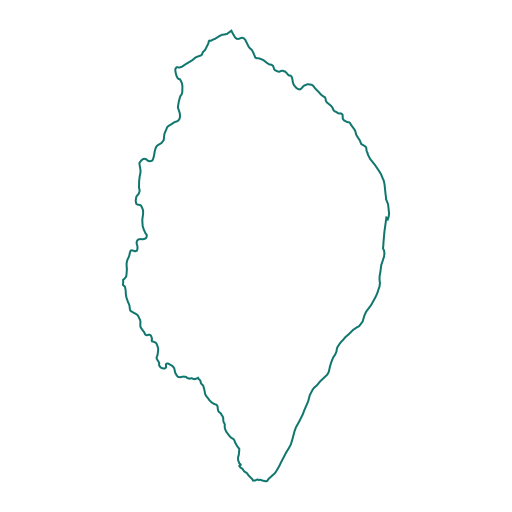 the district of Santana, Boyacá, Colombia
{"feature_id": "7082276B99555261939009", "entity_name": "Santana", "entity_type": "district", "adm_level": 2, "iso_a3": "COL", "parent_name": "Colombia", "parent_adm1": "Boyacá", "projection": "equal_earth", "projection_center": [-73.497, 6.055], "detail": "fine", "context": "isolated", "style": "outline", "palette": "teal", "viewbox_px": 512, "rotation_deg": 0, "n_neighbors": 0, "source": "geoboundaries", "source_scale": "gbopen_adm2", "svg_char_len": 6020}
<svg xmlns="http://www.w3.org/2000/svg" viewBox="0 0 512 512"><path d="M367.7,153.2L367.1,152.3L366.5,150.5L366.3,148.0L365.7,146.8L364.3,145.8L361.3,144.1L359.7,140.2L358.0,137.7L356.3,134.9L355.8,133.2L355.4,131.4L354.7,129.9L351.0,124.8L350.1,123.1L349.2,122.4L347.1,122.0L344.2,120.5L343.1,119.3L342.7,118.3L342.7,116.8L342.6,115.0L342.0,114.1L341.0,113.4L339.2,113.5L338.2,113.3L336.2,111.9L335.2,111.6L334.1,110.8L333.2,109.7L332.8,108.3L331.9,106.9L331.0,105.8L327.7,103.1L326.6,102.1L325.8,100.6L325.6,98.9L325.0,97.3L323.3,96.4L321.0,94.6L318.7,92.0L315.2,88.5L312.8,85.4L311.6,84.8L310.3,84.5L309.2,84.5L308.0,84.2L306.8,84.5L304.6,85.4L303.3,86.2L302.2,87.6L300.4,89.3L298.9,89.3L297.3,88.6L296.2,87.8L294.0,85.2L293.3,83.7L292.8,82.2L292.6,80.2L292.0,77.8L291.4,76.4L290.5,75.6L288.7,75.4L287.7,74.3L286.5,72.9L284.8,71.3L284.1,71.4L282.9,70.8L281.8,70.7L279.0,71.8L277.4,71.3L275.2,70.3L274.3,69.5L273.1,65.9L271.4,64.7L270.5,64.7L269.1,64.3L266.5,62.6L263.8,60.4L261.8,59.4L259.2,58.4L256.3,58.1L255.3,57.6L253.8,53.8L252.4,50.9L251.5,49.6L249.9,48.3L248.6,46.6L245.3,39.9L244.5,39.0L243.6,38.2L242.0,37.7L238.6,38.9L236.9,38.9L235.9,38.2L234.8,37.0L232.1,32.3L231.4,30.7L227.0,33.9L225.0,34.4L222.0,34.8L219.3,36.1L215.1,38.8L212.3,39.9L211.3,40.6L210.5,40.8L209.7,40.6L209.2,40.7L208.8,41.3L208.4,43.3L205.7,48.7L205.0,50.1L203.2,51.8L202.5,52.8L202.1,54.3L201.5,55.0L200.5,55.6L197.5,56.6L195.5,57.5L192.2,60.3L185.8,64.1L181.8,66.8L179.5,67.5L178.7,67.5L177.4,67.2L176.6,67.3L175.5,68.6L175.3,70.0L175.5,71.8L176.0,74.1L176.5,75.8L177.5,77.9L178.6,79.0L179.8,79.2L180.8,80.7L181.7,82.7L182.2,84.5L182.4,86.2L182.3,91.8L182.0,93.6L181.5,94.6L180.3,96.2L179.9,97.5L178.9,101.1L178.3,104.5L177.9,107.4L178.5,109.4L179.8,113.3L180.0,116.7L179.6,118.6L179.0,119.7L177.7,121.0L176.3,121.6L174.9,122.0L173.4,122.8L172.0,123.9L168.9,125.7L167.3,127.0L164.6,133.4L164.3,134.7L163.9,138.7L163.6,140.3L161.5,143.0L157.6,145.3L156.5,146.4L155.8,147.7L154.7,151.4L154.0,155.7L153.5,157.6L152.9,159.5L152.3,160.5L150.8,161.1L149.0,161.2L147.5,160.5L146.4,159.4L145.3,158.9L144.2,158.8L142.8,159.2L141.2,160.6L139.6,162.6L139.4,163.9L140.5,170.0L140.5,172.4L139.6,176.8L139.1,181.6L139.0,187.6L139.6,190.2L139.5,191.5L139.0,192.9L138.4,194.3L137.5,195.1L136.5,196.5L136.1,197.7L135.7,200.9L136.0,202.7L136.4,203.9L137.4,204.5L140.5,205.2L141.1,205.7L142.8,209.5L143.1,210.7L143.1,212.1L143.1,213.9L142.3,219.6L142.4,222.5L142.7,226.3L143.6,229.1L144.4,230.9L145.6,233.5L146.4,234.3L146.8,235.2L146.7,236.5L146.1,238.0L144.8,238.8L142.6,239.3L140.8,239.1L138.8,239.3L137.7,240.0L137.1,240.8L136.6,242.3L136.7,243.8L137.2,245.2L137.5,246.9L137.4,249.1L136.9,250.6L135.1,251.3L132.7,250.5L131.2,250.3L130.4,251.1L129.9,252.6L129.3,255.5L128.5,257.6L127.5,259.5L126.9,261.5L126.6,263.4L126.6,265.9L126.9,268.9L126.5,274.3L126.2,276.5L125.0,278.1L124.0,279.2L123.1,279.8L123.2,282.3L122.9,284.3L123.1,285.1L123.8,285.8L124.5,286.1L124.9,286.8L125.2,287.9L125.6,290.1L125.9,294.5L126.4,297.5L127.9,301.8L129.0,304.2L129.5,305.9L129.9,309.1L130.3,310.5L130.9,311.2L131.7,311.5L132.7,312.2L135.5,313.7L137.1,314.7L137.7,315.3L138.3,316.3L140.0,319.8L140.3,320.8L140.4,321.8L140.3,325.1L140.4,326.5L140.7,327.4L142.4,329.9L144.1,332.1L145.2,334.5L146.2,335.1L146.8,335.2L147.4,335.2L148.7,334.7L149.3,334.7L150.5,335.2L151.2,336.1L151.7,337.8L152.0,338.8L151.7,340.5L152.1,341.4L153.8,341.8L155.7,342.7L156.3,343.4L156.8,344.3L158.0,347.7L158.2,349.1L158.1,350.8L157.6,354.8L156.6,357.4L156.6,358.2L156.7,358.6L157.5,360.1L158.9,362.3L159.2,363.2L159.1,365.1L159.3,365.7L160.4,367.2L161.6,368.0L163.5,368.5L164.4,368.5L165.4,368.1L165.7,367.8L166.0,367.3L166.1,366.5L165.9,365.1L166.2,363.9L167.0,363.5L168.1,363.5L172.4,366.0L173.9,367.7L174.3,368.6L175.2,372.7L176.4,374.9L177.4,376.3L178.0,376.9L179.5,377.2L180.6,377.2L183.0,376.6L185.7,376.8L186.4,377.2L187.3,378.1L187.9,378.1L189.4,378.7L191.6,378.2L194.1,379.2L196.5,378.6L198.0,377.8L198.4,378.6L199.9,380.1L200.4,380.9L200.7,381.7L200.7,382.5L201.1,383.4L201.7,384.2L203.2,385.6L204.3,389.6L205.1,393.7L205.4,394.6L206.3,396.2L208.6,399.0L209.2,400.0L211.5,402.3L214.2,404.0L216.1,404.6L217.2,405.5L217.6,406.8L217.7,408.3L218.0,409.8L218.3,411.0L219.1,412.1L220.6,413.2L221.2,413.9L221.5,414.8L222.7,416.5L223.0,417.3L223.2,418.0L223.3,420.7L223.7,422.3L224.8,424.3L224.7,426.2L224.8,428.1L225.8,430.8L226.8,432.5L229.8,436.4L231.1,437.7L233.2,438.9L233.9,439.6L234.8,441.3L235.0,442.3L237.2,446.2L238.8,448.3L239.2,448.6L239.3,449.9L238.9,453.8L238.7,455.3L238.4,456.0L238.1,457.6L238.0,458.5L238.1,459.5L238.2,460.4L239.3,463.2L239.4,463.5L240.3,464.1L240.7,464.8L239.9,465.2L239.3,466.1L240.7,467.7L242.4,468.8L244.3,471.5L246.6,472.9L247.6,474.0L247.9,474.6L249.1,476.0L252.6,479.5L252.9,480.5L253.3,480.6L255.2,480.5L256.5,479.8L257.5,479.5L258.6,480.0L260.0,479.8L260.6,479.9L263.6,480.9L264.4,480.9L265.6,481.3L266.6,481.2L267.3,480.9L268.3,479.2L269.3,478.2L274.6,473.5L275.9,471.8L279.2,466.2L280.8,462.8L286.1,452.6L289.1,447.7L290.9,444.3L292.6,438.5L294.5,431.3L296.0,427.2L299.3,421.3L303.0,413.9L304.1,410.7L308.1,401.5L309.8,395.1L312.8,389.4L314.5,387.3L316.2,386.0L317.6,384.5L320.1,381.4L326.8,375.1L327.8,373.8L328.9,371.4L330.0,366.3L331.7,361.0L333.3,357.3L335.2,354.5L336.5,351.4L336.8,349.1L337.5,347.0L339.6,343.8L341.1,341.9L343.1,339.9L345.4,337.1L348.5,334.5L353.1,329.9L356.6,327.5L359.1,326.2L360.8,324.0L362.7,321.4L364.0,316.7L365.0,314.1L366.4,311.3L371.1,305.1L375.6,296.9L377.0,293.8L377.9,291.4L378.5,289.3L379.6,286.3L379.7,284.4L380.0,283.5L379.5,279.7L379.6,276.1L380.3,272.4L381.3,264.8L382.4,261.8L383.2,259.0L384.0,256.9L384.4,253.6L384.1,250.5L383.2,249.0L383.0,248.0L383.4,244.9L383.4,243.3L384.4,231.7L386.4,217.5L386.8,217.7L387.8,219.3L388.3,218.0L388.8,215.8L389.1,213.5L388.1,204.6L387.5,202.7L385.9,198.8L386.1,198.2L385.5,193.7L384.6,185.0L384.2,182.6L383.5,180.0L382.7,178.4L381.0,174.1L378.3,169.9L374.9,164.9L370.1,158.9L367.8,154.4L367.7,153.9L367.7,153.2Z" fill="none" stroke="#0f766e" stroke-width="2"/></svg>